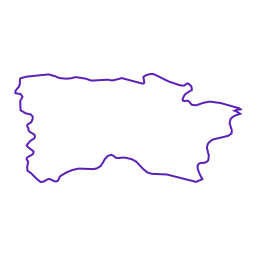 SVG path tracing the border of Võru
{"feature_id": "EST-2351", "entity_name": "Võru", "entity_type": "County", "adm_level": 1, "iso_a3": "EST", "parent_name": "Estonia", "parent_adm1": "", "projection": "robinson", "projection_center": [26.896, 57.737], "detail": "fine", "context": "isolated", "style": "outline", "palette": "violet", "viewbox_px": 256, "rotation_deg": 0, "n_neighbors": 0, "source": "natural_earth", "source_scale": "10m", "svg_char_len": 1940}
<svg xmlns="http://www.w3.org/2000/svg" viewBox="0 0 256 256"><path d="M40.6,182.0L37.1,179.2L30.7,172.9L27.6,170.8L27.5,170.7L27.1,167.2L28.2,161.8L27.5,160.7L26.7,159.3L26.6,158.4L27.7,157.1L31.1,155.3L32.8,154.1L33.5,152.7L33.5,151.3L29.4,148.3L27.0,146.1L26.7,145.2L30.3,140.9L34.1,138.5L34.9,136.8L34.6,134.9L32.4,133.4L30.1,132.1L28.6,130.5L28.2,128.0L27.2,126.1L27.3,124.8L28.6,123.8L30.4,122.9L31.7,121.4L32.8,118.2L32.5,116.4L30.9,114.5L25.6,113.3L20.6,110.3L20.3,102.6L20.1,101.4L22.5,96.7L20.7,94.1L15.4,93.2L15.4,91.1L16.7,89.3L18.9,86.8L19.9,83.6L19.8,81.4L20.0,79.4L20.6,78.2L26.9,76.6L48.5,74.4L55.8,76.4L57.7,77.5L60.7,78.2L66.3,78.7L71.0,78.3L75.4,77.1L85.5,78.6L91.4,80.6L108.0,79.7L112.1,80.5L116.6,79.5L121.8,78.1L142.8,83.7L144.3,82.8L143.4,76.9L146.1,75.2L149.6,74.2L151.6,74.0L153.3,74.1L156.4,75.4L168.5,81.4L179.1,85.0L182.0,85.6L183.9,85.6L185.0,85.0L185.9,84.2L187.2,83.5L188.5,83.7L191.4,86.4L191.9,89.9L185.5,93.9L183.8,96.3L182.5,99.5L183.2,100.8L184.5,101.1L186.2,100.8L187.7,100.7L188.9,101.4L191.8,104.8L196.2,105.3L203.4,102.8L209.9,101.6L220.4,103.0L238.7,108.1L240.5,109.2L240.6,109.3L237.1,109.7L234.6,110.7L236.2,111.3L240.2,113.8L235.0,115.6L232.4,117.1L230.5,119.2L229.6,123.3L231.8,130.2L231.6,133.3L228.3,135.8L212.6,139.6L209.6,141.8L208.3,143.2L207.4,145.2L206.9,147.5L207.0,148.8L207.5,149.7L208.0,153.0L208.4,153.8L208.8,154.7L208.4,159.7L207.9,160.8L206.5,161.9L204.2,162.8L201.6,162.9L199.2,163.4L197.6,165.5L197.7,168.6L199.1,172.7L200.9,176.6L202.4,179.1L196.1,181.9L166.9,174.5L151.6,173.8L147.1,172.3L143.3,169.1L136.3,161.7L131.9,159.2L125.3,157.7L122.0,157.6L118.7,158.1L115.8,157.8L113.7,156.0L111.3,154.8L107.8,155.9L104.9,159.0L102.9,162.6L100.7,166.0L96.8,168.4L93.4,169.1L78.7,168.6L72.3,170.0L66.1,172.6L60.5,176.0L59.3,177.6L58.6,179.4L57.7,180.9L55.8,181.5L54.0,181.1L50.5,179.3L48.7,179.0L46.1,180.0L43.5,181.7L40.6,182.0Z" fill="none" stroke="#5b21b6" stroke-width="2"/></svg>